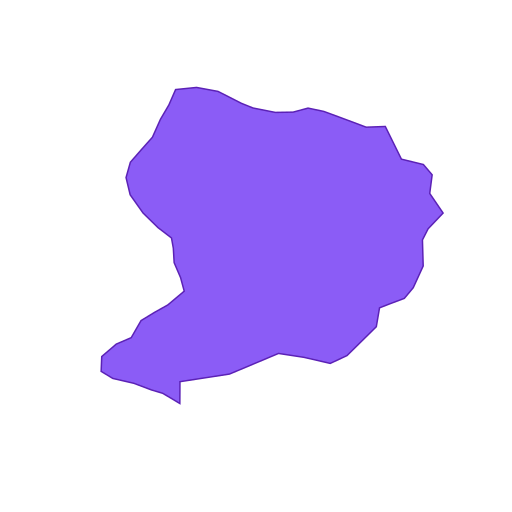 outline of Genagra, Cyprus, rotated 117°
{"feature_id": "46923920B92957944756443", "entity_name": "Genagra", "entity_type": "district", "adm_level": 2, "iso_a3": "CYP", "parent_name": "Cyprus", "parent_adm1": "", "projection": "albers", "projection_center": [33.696, 35.21], "detail": "fine", "context": "isolated", "style": "filled", "palette": "violet", "viewbox_px": 512, "rotation_deg": 117, "n_neighbors": 0, "source": "geoboundaries", "source_scale": "gbopen_adm2", "svg_char_len": 862}
<svg xmlns="http://www.w3.org/2000/svg" viewBox="0 0 512 512"><g transform="rotate(117 256 256)"><path d="M264.4,116.7L246.1,122.4L237.8,115.0L226.4,104.6L212.9,101.5L189.0,102.5L166.1,115.0L153.6,115.0L132.8,108.8L121.4,129.6L103.7,135.9L98.5,148.4L103.7,170.4L81.9,199.6L91.2,216.3L94.4,244.5L96.4,261.2L100.6,276.8L111.0,288.3L119.3,304.0L125.5,325.9L126.6,338.5L126.6,364.6L132.8,385.5L144.2,403.2L160.9,402.2L177.5,403.2L197.2,402.2L212.8,406.3L229.5,410.5L245.1,407.4L258.6,395.9L269.0,376.1L275.2,356.2L278.3,339.5L286.6,333.2L299.1,325.9L309.5,313.4L319.9,304.0L339.7,312.4L352.1,320.7L365.7,329.1L385.4,330.1L397.9,340.5L415.6,347.8L429.1,341.6L430.1,328.0L424.9,307.1L422.8,288.3L420.7,276.8L422.0,256.9L402.5,266.7L373.2,226.0L332.6,191.7L324.5,167.2L318.0,141.1L303.4,129.7L264.4,116.7Z" fill="#8b5cf6" stroke="#5b21b6" stroke-width="1.5"/></g></svg>